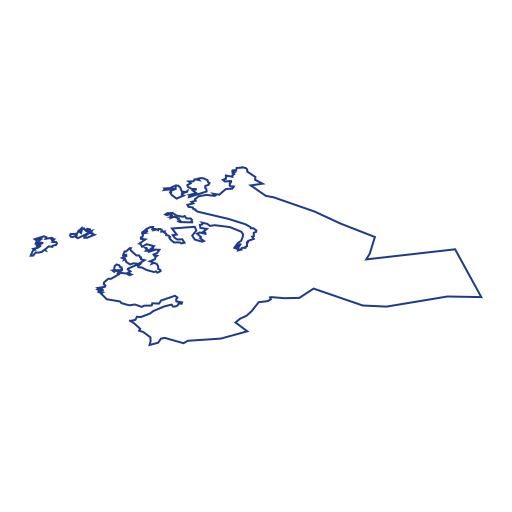 Roan nor, Sør-Trøndelag, Norway (Robinson projection)
{"feature_id": "86288312B70767973443782", "entity_name": "Roan nor", "entity_type": "district", "adm_level": 2, "iso_a3": "NOR", "parent_name": "Norway", "parent_adm1": "Sør-Trøndelag", "projection": "robinson", "projection_center": [10.233, 64.168], "detail": "fine", "context": "isolated", "style": "outline", "palette": "blue", "viewbox_px": 512, "rotation_deg": 0, "n_neighbors": 0, "source": "geoboundaries", "source_scale": "gbopen_adm2", "svg_char_len": 6044}
<svg xmlns="http://www.w3.org/2000/svg" viewBox="0 0 512 512"><path d="M262.6,183.7L255.1,179.8L255.4,177.0L247.3,171.6L247.1,169.4L245.8,168.1L241.4,167.0L242.1,167.6L236.6,168.0L236.2,170.1L232.5,170.4L232.3,171.8L234.8,172.2L233.0,173.5L234.0,174.3L232.3,175.4L232.4,176.8L225.0,175.3L227.0,176.1L225.8,177.5L225.9,178.8L222.9,179.8L224.8,181.5L231.9,180.9L229.9,181.8L230.7,182.6L229.1,183.8L230.1,183.6L229.6,185.3L230.4,186.3L233.8,186.5L232.3,188.7L225.9,189.0L219.2,194.7L213.3,193.8L215.3,195.5L214.8,195.9L206.6,194.9L198.9,196.2L194.9,199.3L195.7,200.7L191.5,201.9L193.3,203.4L187.4,204.9L188.4,206.8L192.9,207.5L193.2,208.8L196.1,209.7L195.1,209.9L197.5,211.6L228.8,219.0L245.5,224.3L250.5,227.1L250.8,228.2L253.5,228.3L256.4,230.5L256.1,231.9L253.7,232.8L253.9,235.7L254.6,235.8L252.2,236.7L253.8,238.9L248.1,240.9L247.9,242.3L246.9,242.3L247.1,246.2L245.4,246.8L245.4,247.9L242.3,247.9L241.3,248.5L241.6,249.6L237.9,250.4L238.2,249.6L237.2,249.8L238.6,248.8L238.1,248.0L240.4,244.4L239.8,244.3L236.8,247.2L236.6,248.6L234.3,247.8L238.1,242.8L241.1,240.9L242.9,236.6L243.0,234.2L241.2,231.7L229.9,227.1L214.8,225.2L209.9,225.9L207.2,223.8L202.2,222.7L202.9,223.4L201.9,224.6L199.9,224.8L200.4,227.9L206.9,228.9L203.1,231.9L205.3,232.7L205.4,233.8L199.8,232.5L197.1,233.7L201.0,237.0L200.1,238.2L203.9,241.0L202.1,241.7L194.7,239.5L192.2,235.7L196.4,230.5L194.7,226.8L172.0,228.5L176.7,234.6L172.8,235.2L174.7,237.8L177.2,239.5L182.3,239.3L184.5,242.7L181.3,243.4L179.8,242.4L173.9,242.4L170.0,239.1L169.3,237.7L170.1,237.1L168.8,235.7L166.1,235.0L166.2,233.7L164.1,232.4L164.7,231.4L161.3,231.6L161.8,230.0L160.5,229.1L158.6,229.0L158.1,230.2L157.0,229.4L153.8,230.1L154.6,229.0L152.3,229.0L153.0,227.0L150.4,227.1L146.6,228.9L147.1,231.2L146.1,231.2L145.8,229.7L142.8,232.0L145.4,233.0L142.3,233.6L143.0,235.2L142.4,236.9L140.9,237.4L140.9,238.8L145.4,239.4L139.4,243.6L140.5,243.9L142.1,246.8L146.7,244.2L153.9,246.1L152.7,247.1L153.3,248.2L152.2,249.4L151.1,249.1L151.7,248.3L150.8,248.6L151.8,250.4L149.4,250.4L146.9,249.3L146.5,248.0L145.4,248.0L146.8,249.4L145.8,250.7L148.2,250.6L148.6,251.9L155.7,249.6L159.4,249.8L156.9,253.3L153.5,254.5L154.3,255.7L156.9,255.9L155.5,257.0L154.9,259.3L149.9,261.3L152.9,262.4L152.0,263.7L154.1,262.9L156.6,263.8L158.1,266.0L158.2,268.9L160.4,270.0L160.6,271.1L157.4,272.7L156.0,271.4L154.0,272.0L146.3,269.9L142.0,267.5L138.3,267.2L137.9,265.9L140.2,264.1L139.5,263.2L144.6,260.2L140.9,259.2L141.0,257.4L140.0,257.2L139.3,255.5L136.3,255.4L130.9,250.5L130.0,248.9L130.7,248.2L129.9,248.1L125.8,251.6L124.5,251.5L123.2,255.2L126.2,254.8L126.3,256.1L122.1,257.9L124.5,259.1L124.2,259.7L125.2,259.2L126.3,262.0L130.1,264.4L133.5,263.3L139.0,263.9L128.1,268.6L127.7,269.4L130.4,271.3L128.0,272.7L131.4,274.5L129.3,275.2L126.5,273.5L119.4,272.8L118.9,272.0L120.4,271.2L119.4,271.0L120.0,270.2L122.8,269.3L121.7,269.2L121.6,267.4L120.2,267.3L119.3,265.3L116.5,264.5L114.7,266.1L114.2,268.6L114.8,269.8L113.0,270.3L114.5,270.8L113.5,271.3L114.2,271.9L116.1,270.2L119.6,270.2L117.4,271.4L119.3,272.9L118.0,273.5L118.9,274.3L111.3,278.7L108.3,278.8L104.0,282.4L103.8,284.4L105.4,285.5L104.9,286.8L98.8,287.8L102.3,289.1L102.8,290.3L99.8,290.3L98.1,288.7L97.2,289.3L99.2,290.2L98.4,291.9L101.9,292.5L99.8,293.3L102.0,293.5L101.9,294.4L106.7,299.2L120.1,301.5L121.4,303.1L129.2,305.3L134.9,304.5L141.9,306.9L144.1,305.7L151.7,305.5L152.3,303.3L159.0,303.6L161.1,300.5L174.9,295.8L177.4,297.5L176.1,299.5L176.3,301.4L182.0,302.4L181.5,303.3L182.5,303.7L178.5,303.7L177.7,305.4L175.7,306.4L173.0,306.6L171.6,304.6L164.0,306.5L153.4,311.0L149.9,313.6L141.0,317.0L136.9,316.8L135.4,319.8L130.4,321.0L129.1,320.3L133.6,322.9L140.2,328.8L139.1,330.7L143.1,331.9L150.4,337.3L150.6,341.3L149.6,345.0L158.2,342.7L161.0,338.6L164.8,337.9L183.5,343.2L187.7,340.8L220.8,338.6L247.3,331.3L235.5,322.5L239.9,318.8L246.6,315.7L251.5,311.3L258.7,302.2L267.8,301.1L270.9,299.2L270.0,297.4L271.3,297.1L284.5,298.2L299.3,297.9L313.6,288.6L362.7,305.5L386.6,306.6L447.4,296.5L481.3,297.1L455.1,249.3L366.2,259.4L369.7,253.8L374.9,237.0L340.8,223.7L314.7,211.6L273.6,197.3L265.9,195.9L250.7,185.4L262.6,183.7ZM207.6,180.2L203.4,178.3L200.3,178.1L198.0,178.7L199.2,180.1L195.1,179.3L193.6,179.6L194.9,179.8L193.3,181.3L188.6,181.5L190.7,183.3L187.3,185.2L187.9,186.8L191.9,188.9L196.7,189.1L192.9,190.6L196.3,193.1L189.6,194.9L191.7,195.6L189.4,195.9L189.0,197.1L206.6,191.5L206.3,189.0L205.1,187.7L205.4,185.9L208.4,184.9L209.5,183.0L208.1,182.3L207.6,180.2ZM46.3,237.2L43.9,236.3L34.7,239.2L36.1,240.1L41.5,237.9L41.5,239.1L38.4,240.6L38.7,242.2L36.3,242.1L35.8,243.3L40.0,242.4L43.1,243.0L36.6,245.1L36.9,246.1L41.0,245.5L37.9,247.8L33.4,248.8L34.8,249.9L33.1,250.3L30.7,255.7L33.1,255.6L35.7,252.5L38.7,252.6L41.8,251.9L44.2,250.0L45.5,250.4L44.9,249.6L48.7,246.4L52.4,246.8L52.7,245.7L56.1,244.9L57.0,243.1L56.2,242.1L52.5,241.9L53.7,240.2L51.2,240.3L53.3,239.2L51.9,239.0L52.6,238.2L52.0,237.8L45.5,238.8L46.3,237.2ZM178.1,185.6L175.7,185.5L175.7,186.8L174.0,186.2L170.2,188.1L164.5,188.5L165.0,189.0L164.1,190.0L176.5,188.6L170.8,190.9L171.1,192.2L170.1,192.4L171.9,195.2L176.6,198.6L183.7,195.5L181.8,194.7L182.0,193.5L187.2,191.8L187.4,190.9L186.0,192.0L181.9,191.6L180.2,187.5L178.1,185.6ZM81.8,228.0L79.3,230.3L81.7,230.5L81.1,233.0L78.5,231.1L76.9,233.8L70.6,234.1L70.1,235.4L70.9,236.8L72.5,237.1L77.3,235.1L75.6,236.9L77.9,238.2L86.5,234.0L87.1,234.6L85.1,235.4L85.5,236.0L84.4,236.6L84.3,237.7L87.0,237.8L94.5,234.7L89.9,232.9L87.8,233.5L88.5,232.3L91.2,231.8L90.6,231.4L91.3,230.8L87.2,231.6L85.7,230.9L88.9,231.0L88.3,230.0L89.9,230.2L90.0,229.4L87.3,228.8L85.2,230.1L83.6,228.8L84.9,228.2L81.9,228.8L81.8,228.0ZM172.7,213.0L167.1,213.2L165.3,214.5L167.2,215.2L171.0,213.6L169.7,214.6L171.4,214.9L170.9,216.0L173.0,216.0L170.5,217.0L171.3,217.1L170.9,217.9L174.2,216.7L178.7,218.4L178.0,219.6L180.5,220.8L180.9,221.6L179.4,221.8L180.0,222.1L193.0,222.4L191.3,221.6L192.0,220.0L190.6,218.5L186.4,218.4L184.7,216.0L183.1,216.8L176.4,215.5L172.7,213.0Z" fill="none" stroke="#1e3a8a" stroke-width="2"/></svg>